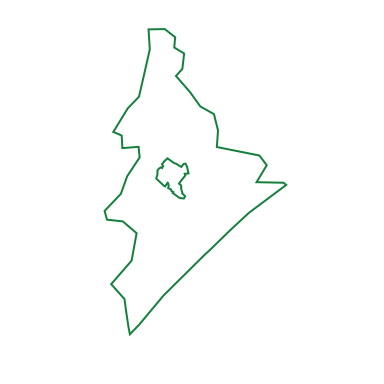 Khiva, Khorezm, Uzbekistan, rotated 283°
{"feature_id": "79887680B67856776963689", "entity_name": "Khiva", "entity_type": "district", "adm_level": 2, "iso_a3": "UZB", "parent_name": "Uzbekistan", "parent_adm1": "Khorezm", "projection": "natural_earth1", "projection_center": [60.362, 41.359], "detail": "fine", "context": "isolated", "style": "outline", "palette": "green", "viewbox_px": 384, "rotation_deg": 283, "n_neighbors": 0, "source": "geoboundaries", "source_scale": "gbopen_adm2", "svg_char_len": 1252}
<svg xmlns="http://www.w3.org/2000/svg" viewBox="0 0 384 384"><g transform="rotate(283 192 192)"><path d="M340.7,113.1L321.4,118.8L296.6,118.9L272.9,118.9L259.1,110.6L232.8,101.8L231.2,110.8L219.1,114.3L224.0,129.8L213.9,133.2L192.8,125.3L174.2,123.1L153.9,111.1L145.9,115.4L147.8,131.2L139.4,147.3L111.6,148.6L84.0,134.0L72.5,150.3L63.4,153.7L46.3,160.4L39.4,163.5L51.1,170.5L84.7,187.5L134.4,218.9L139.8,222.7L144.1,225.4L153.4,231.4L161.8,236.8L166.6,240.0L184.6,252.2L220.1,282.2L221.6,279.1L216.1,252.7L234.9,258.8L242.7,249.5L241.4,206.1L257.8,203.5L272.8,195.9L277.2,180.9L288.9,167.6L301.4,150.3L309.8,154.9L325.2,153.2L328.8,142.2L339.0,140.8L344.6,128.8L340.7,113.1ZM207.2,154.4L209.0,156.2L208.7,157.5L210.7,158.1L212.2,156.5L215.2,157.8L219.3,160.5L216.2,167.9L216.0,169.9L214.0,176.0L217.4,177.5L218.2,179.3L215.3,181.6L209.3,184.4L208.1,180.8L206.6,181.8L200.1,178.6L199.4,178.4L197.2,177.5L196.1,179.7L194.4,180.5L193.4,180.5L191.2,181.5L189.6,182.6L188.4,182.8L186.6,185.9L186.1,186.2L183.9,185.6L183.3,181.6L186.7,173.4L187.8,173.8L188.4,171.7L189.7,171.1L190.4,167.9L192.4,168.0L195.3,166.8L195.5,166.1L191.4,164.6L191.7,163.3L197.1,154.1L201.4,154.4L205.2,153.5L207.2,154.4Z" fill="none" stroke="#15803d" stroke-width="2"/></g></svg>